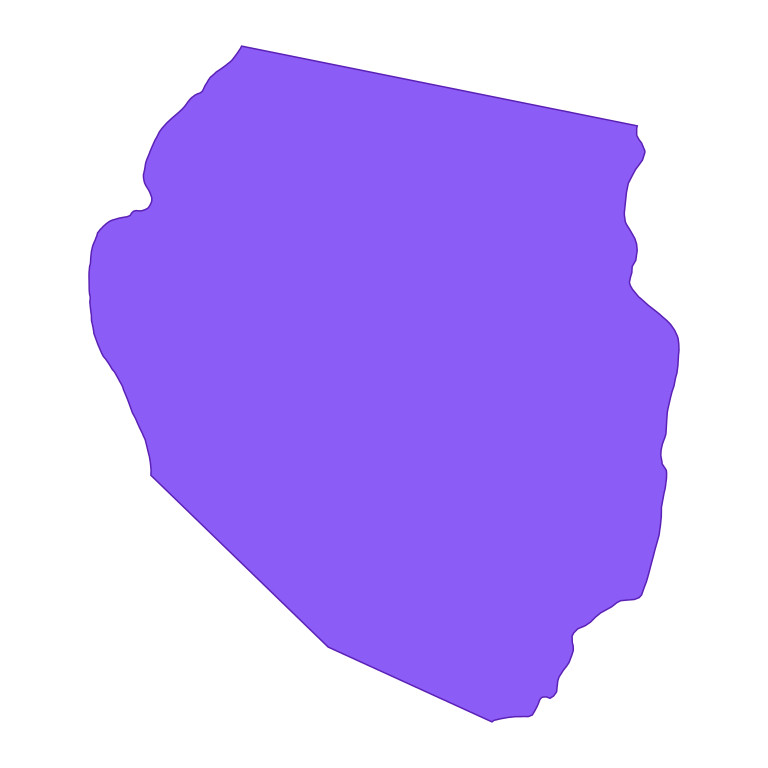 the district of Gayabois, Choiseul, Saint Lucia
{"feature_id": "8701671B55791110195050", "entity_name": "Gayabois", "entity_type": "district", "adm_level": 2, "iso_a3": "LCA", "parent_name": "Saint Lucia", "parent_adm1": "Choiseul", "projection": "robinson", "projection_center": [-61.02, 13.786], "detail": "fine", "context": "isolated", "style": "filled", "palette": "violet", "viewbox_px": 768, "rotation_deg": 0, "n_neighbors": 0, "source": "geoboundaries", "source_scale": "gbopen_adm2", "svg_char_len": 4199}
<svg xmlns="http://www.w3.org/2000/svg" viewBox="0 0 768 768"><path d="M150.9,475.3L328.2,647.1L492.0,721.9L493.9,720.4L500.5,718.8L507.8,717.5L514.8,716.7L522.5,716.6L524.1,716.5L528.3,716.6L532.3,715.0L534.6,711.2L537.2,706.3L538.8,702.5L539.5,700.4L540.6,698.5L542.4,697.1L546.4,696.9L550.0,698.3L553.6,696.0L556.6,691.8L557.1,687.0L557.8,680.8L559.1,676.9L563.3,670.3L566.5,666.3L569.0,662.6L571.8,655.2L573.3,650.5L573.2,646.1L572.3,642.5L572.1,636.0L573.9,632.7L577.8,628.8L585.4,625.6L590.5,622.1L595.5,617.1L600.6,612.9L605.5,610.2L611.8,606.7L616.8,602.7L620.7,600.7L625.6,600.2L634.3,599.5L639.2,597.6L641.6,594.9L644.2,587.5L646.5,581.4L648.8,573.4L650.9,565.2L653.4,555.9L655.1,549.2L657.1,542.2L659.1,535.0L659.9,528.9L660.4,525.8L661.3,516.7L661.4,511.4L661.4,507.5L662.3,502.6L664.0,493.3L665.2,488.3L665.7,484.5L666.5,478.3L666.6,472.9L666.3,470.2L662.1,463.8L662.0,462.2L660.8,455.4L661.1,450.0L662.3,444.5L663.4,441.3L664.7,438.0L665.9,434.0L666.2,429.5L666.8,419.0L667.3,412.3L667.9,409.0L668.9,404.7L670.4,398.1L671.9,392.1L674.0,385.9L675.6,377.6L676.9,373.2L677.9,365.6L678.5,355.1L679.0,350.4L678.8,344.1L678.1,338.4L677.3,336.0L675.0,331.0L674.6,330.2L670.6,324.4L667.1,320.8L662.8,317.1L659.4,314.0L655.0,310.5L648.4,305.4L640.5,298.3L638.7,296.9L632.3,289.1L630.3,285.5L629.4,282.4L630.6,276.7L631.8,272.8L632.2,266.5L635.8,260.3L637.2,250.3L636.6,244.1L634.9,238.6L630.0,230.0L626.3,224.1L625.3,221.7L624.4,215.4L624.3,212.9L625.8,198.7L626.5,192.1L628.3,183.4L631.7,176.7L635.5,169.6L639.6,164.1L642.5,160.0L644.8,152.8L644.9,151.0L641.6,143.0L639.0,139.6L636.7,135.3L636.7,128.3L637.3,125.9L635.5,125.5L241.6,46.1L241.1,47.1L240.6,48.2L239.3,50.1L238.4,51.5L237.6,52.7L236.5,54.2L235.1,56.1L234.7,56.7L234.0,57.6L232.1,60.0L231.5,60.7L229.2,62.7L227.5,63.9L226.4,64.9L225.2,65.8L221.9,68.2L220.2,69.4L218.8,70.3L216.7,71.7L216.0,72.2L214.1,74.1L212.9,75.1L212.4,75.6L210.4,77.2L209.1,79.1L208.6,79.7L207.6,81.5L206.6,83.2L206.2,83.8L205.1,85.5L203.0,90.0L201.9,91.7L200.0,93.0L198.3,93.6L197.7,93.7L197.0,94.1L195.5,94.9L194.5,95.4L193.2,96.6L192.0,97.3L191.5,97.9L190.5,98.7L190.1,99.3L189.4,100.0L188.7,101.0L188.1,101.6L187.0,103.2L185.2,105.7L183.8,107.4L182.2,109.1L177.2,113.7L175.5,115.1L173.3,117.0L171.3,118.7L170.8,119.2L167.0,122.7L165.4,124.5L164.9,125.1L162.0,128.3L160.3,130.6L160.0,131.0L159.7,131.5L159.1,132.3L158.2,134.3L157.5,135.7L156.2,138.1L155.6,139.1L155.1,139.9L152.1,146.6L150.8,149.7L150.1,151.3L149.5,153.0L149.2,153.8L148.2,156.2L147.6,157.6L146.7,159.8L146.5,160.4L146.1,161.6L145.6,163.4L145.3,165.2L144.9,167.9L144.6,169.7L144.3,170.9L144.0,172.3L143.8,173.3L143.4,174.7L143.5,176.1L143.4,176.9L143.6,178.2L143.9,180.2L144.4,182.1L144.5,182.8L145.9,185.7L148.8,190.3L149.9,192.6L151.3,196.3L151.7,197.5L151.8,198.1L151.8,200.1L151.6,201.4L151.4,202.2L150.8,203.5L150.1,205.0L148.7,207.2L148.0,208.0L147.6,208.3L145.6,209.4L144.8,209.8L144.0,210.0L141.6,210.8L138.9,210.9L136.8,210.6L135.4,210.7L134.5,211.0L133.5,211.2L131.7,213.0L131.3,213.5L130.4,215.1L130.0,215.5L129.6,215.7L128.2,216.3L126.4,216.9L123.9,217.2L119.3,218.1L118.8,218.2L114.2,219.6L112.9,219.9L112.4,220.1L111.4,220.5L110.7,220.8L109.3,221.5L107.4,222.9L106.4,223.6L105.8,224.1L105.1,224.8L103.4,226.2L102.2,227.6L100.3,229.4L98.1,232.3L97.6,232.8L97.4,233.5L97.1,234.8L96.8,235.8L96.6,236.5L96.2,237.2L95.3,239.7L94.0,242.7L93.1,244.8L92.7,245.9L91.3,252.0L91.3,252.6L90.9,256.0L90.7,258.3L90.5,262.3L90.3,264.0L89.6,266.4L89.2,271.0L89.1,271.7L89.0,273.5L89.0,277.5L89.1,281.7L89.2,290.2L89.6,294.5L90.1,296.1L90.2,296.8L90.2,298.6L89.8,302.0L90.1,304.7L90.5,308.7L90.8,310.9L91.0,312.9L91.3,314.5L91.4,315.9L91.5,320.8L92.1,323.1L93.0,327.4L93.6,330.8L93.9,333.5L98.0,344.8L101.8,353.5L103.1,355.9L103.5,356.6L105.5,358.9L108.0,362.5L109.6,364.9L112.1,369.2L114.5,371.9L116.9,376.2L117.2,376.7L119.8,381.5L121.4,384.3L122.7,386.9L123.4,389.4L123.7,390.1L127.4,399.0L128.3,401.4L131.9,411.3L132.4,412.8L135.1,417.7L135.5,418.4L137.6,423.4L138.8,425.9L139.4,427.4L142.3,433.2L143.3,435.7L145.2,439.7L146.8,446.1L148.9,454.9L149.3,456.1L150.3,462.2L150.6,464.9L150.8,467.0L151.1,470.8L151.0,472.1L150.9,475.3Z" fill="#8b5cf6" stroke="#5b21b6" stroke-width="1.5"/></svg>